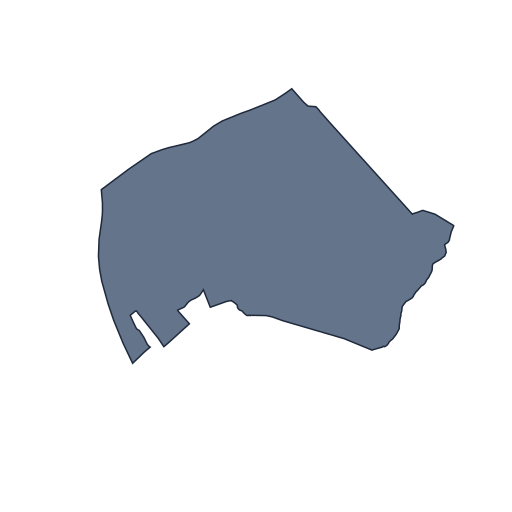 the district of Smardan, Tulcea, Romania, rotated 46°
{"feature_id": "2599482B36472958549057", "entity_name": "Smardan", "entity_type": "district", "adm_level": 2, "iso_a3": "ROU", "parent_name": "Romania", "parent_adm1": "Tulcea", "projection": "mercator", "projection_center": [28.085, 45.31], "detail": "medium", "context": "isolated", "style": "filled", "palette": "slate", "viewbox_px": 512, "rotation_deg": 46, "n_neighbors": 0, "source": "geoboundaries", "source_scale": "gbopen_adm2", "svg_char_len": 1954}
<svg xmlns="http://www.w3.org/2000/svg" viewBox="0 0 512 512"><g transform="rotate(46 256 256)"><path d="M247.5,419.3L247.5,403.5L248.0,395.4L246.4,395.7L243.8,395.5L236.7,393.2L228.5,391.7L226.1,392.4L225.0,392.4L219.4,390.6L211.3,387.7L211.8,381.0L212.8,380.1L215.7,380.7L218.6,380.8L247.3,383.5L257.2,385.3L257.6,379.5L258.5,351.0L241.2,350.3L240.5,349.9L242.8,343.5L242.8,341.7L242.2,337.5L242.2,336.0L242.6,333.3L244.2,328.8L245.0,325.3L245.1,323.9L244.8,321.9L243.7,317.3L261.1,324.5L268.3,308.6L271.0,304.6L272.0,304.7L273.3,304.1L277.9,303.6L278.7,303.9L280.4,305.2L282.7,305.5L283.6,305.3L285.6,304.3L290.0,304.3L292.6,303.8L293.5,302.9L293.5,302.5L293.8,302.0L294.9,301.6L295.1,300.9L306.0,290.0L311.2,286.6L321.1,281.7L376.7,250.0L404.4,237.9L404.5,237.3L409.3,228.3L409.3,227.3L410.6,226.5L411.2,223.8L410.8,221.2L410.4,220.4L410.3,218.1L410.6,215.3L409.7,209.5L407.8,203.4L405.4,201.1L403.2,198.1L401.6,196.4L399.4,193.0L398.1,191.8L397.0,189.7L394.0,186.0L393.8,185.4L392.9,179.5L393.5,178.0L394.6,172.8L394.3,170.9L393.6,169.1L392.9,165.4L393.0,164.2L392.4,157.9L392.5,157.1L392.9,156.5L393.1,154.0L392.8,152.5L391.7,149.8L391.4,146.9L389.2,140.4L388.3,138.9L385.1,135.4L384.6,134.2L384.9,132.0L386.7,125.1L386.7,123.0L387.1,120.5L386.9,119.8L386.1,118.2L385.9,117.3L385.4,116.6L382.5,114.5L379.1,112.7L378.9,111.5L379.4,109.4L379.5,108.1L378.8,105.6L378.3,105.2L374.3,98.8L371.7,92.8L371.2,92.7L350.2,98.2L339.1,104.3L338.7,104.9L336.9,109.2L334.5,113.9L334.5,114.5L212.3,110.3L210.1,110.2L196.2,109.6L195.0,109.3L190.2,109.2L184.4,114.4L178.7,114.9L160.5,114.1L159.3,122.2L157.0,134.0L146.8,159.2L142.8,168.0L135.5,186.2L133.1,196.3L131.3,215.9L129.7,221.5L128.2,225.3L117.6,243.2L114.2,249.8L109.6,260.2L105.1,287.2L100.8,321.2L111.3,329.7L116.7,334.9L119.3,337.6L124.3,343.6L134.9,357.2L146.8,369.6L157.0,377.8L166.9,384.4L187.6,395.6L203.3,403.0L226.7,412.3L247.5,419.3Z" fill="#64748b" stroke="#1e293b" stroke-width="1.5"/></g></svg>